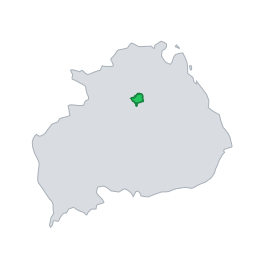 Sameakki Mean Chey, Kâmpóng Chhnang, Cambodia shown in context, rotated 169°
{"feature_id": "14789045B48917657678011", "entity_name": "Sameakki Mean Chey", "entity_type": "district", "adm_level": 2, "iso_a3": "KHM", "parent_name": "Cambodia", "parent_adm1": "Kâmpóng Chhnang", "projection": "albers", "projection_center": [104.566, 11.892], "detail": "fine", "context": "in_parent", "style": "filled", "palette": "green", "viewbox_px": 256, "rotation_deg": 169, "n_neighbors": 0, "source": "geoboundaries", "source_scale": "gbopen_adm2", "svg_char_len": 5069}
<svg xmlns="http://www.w3.org/2000/svg" viewBox="0 0 256 256"><g transform="rotate(169 128 128)"><path d="M223.0,45.3L223.6,47.4L222.0,51.4L220.4,55.1L217.3,58.3L217.2,60.6L216.2,67.6L216.6,69.8L217.4,71.7L218.4,72.7L221.2,79.5L223.7,85.6L226.2,90.7L226.7,93.9L224.5,102.1L222.0,109.6L222.3,113.3L223.4,117.0L224.7,122.0L225.2,128.4L224.6,132.5L223.4,135.1L221.2,137.8L219.2,139.2L216.8,136.9L214.9,136.9L212.4,137.6L210.4,138.6L206.4,142.5L201.9,146.3L195.7,147.4L193.3,150.2L190.7,150.6L185.8,150.8L182.6,151.4L182.7,152.9L182.5,159.5L182.6,161.1L182.1,161.5L179.8,161.7L176.1,160.7L170.9,159.1L167.3,158.8L165.4,161.8L164.3,162.9L162.9,163.1L161.5,163.6L161.0,164.9L160.9,166.5L161.6,169.3L161.9,173.7L161.7,176.7L163.1,178.6L170.9,184.9L173.3,186.5L173.5,187.4L172.2,190.9L173.4,195.8L171.0,195.7L166.9,193.6L164.9,192.4L162.5,193.4L161.7,193.2L160.1,190.8L158.0,188.4L155.8,188.2L151.3,189.2L146.6,189.9L144.8,189.9L144.1,190.3L141.4,194.0L140.3,193.4L135.5,192.0L131.3,191.5L130.4,192.4L130.9,195.4L131.8,198.3L131.3,199.5L128.9,201.0L125.8,203.8L123.9,205.9L122.6,206.5L117.8,206.4L113.1,206.7L111.2,208.7L109.4,210.2L107.9,210.7L101.7,205.7L89.4,203.9L88.1,201.7L86.9,201.3L85.8,204.1L79.0,206.9L76.2,205.2L74.2,203.2L74.5,200.7L76.4,198.7L79.8,197.3L81.4,192.2L78.8,185.8L76.6,183.9L74.2,182.4L71.8,184.8L69.7,188.9L67.5,191.0L64.4,191.4L59.9,191.3L58.2,185.1L57.6,179.8L58.3,173.8L59.0,170.3L54.7,165.3L54.5,160.6L52.4,158.2L51.8,159.4L51.8,160.8L51.2,159.8L44.5,146.0L43.4,139.7L44.6,134.8L45.3,133.1L43.4,130.5L40.6,127.6L35.8,123.7L35.5,117.6L34.5,110.4L33.0,108.0L30.8,103.6L29.7,99.9L29.3,90.3L29.9,89.5L33.4,89.2L37.8,88.6L38.5,87.0L37.8,85.7L40.6,83.6L44.7,78.8L47.8,73.8L50.1,70.7L51.5,67.5L56.0,63.1L62.3,60.1L66.6,59.4L71.0,58.3L75.2,56.9L77.2,56.7L82.5,58.6L85.3,59.0L88.3,59.0L91.4,59.2L94.1,59.0L100.6,57.8L107.4,58.8L113.5,58.0L121.1,56.5L124.8,57.5L128.2,58.9L128.7,61.8L129.5,63.2L130.6,64.2L132.1,64.2L134.0,62.2L135.6,60.0L136.1,59.6L136.2,60.7L137.0,63.0L138.5,65.2L139.9,66.7L142.4,68.7L144.0,68.8L149.1,66.9L156.9,69.6L157.8,71.0L160.3,73.7L163.1,75.7L169.1,75.8L171.3,70.9L170.2,67.9L166.7,62.7L165.8,59.7L166.9,59.1L172.7,58.5L173.6,57.9L174.9,54.5L176.5,54.9L179.7,55.3L183.1,53.0L185.1,50.5L186.3,51.6L187.5,53.3L188.8,54.3L191.3,55.7L194.0,57.8L195.7,59.8L197.1,60.5L200.5,59.9L201.5,60.0L203.5,57.6L204.9,56.2L206.1,56.6L207.8,56.5L211.4,53.4L213.4,50.5L214.6,49.7L217.8,51.1L219.1,50.8L220.9,46.9L223.0,45.3ZM55.9,177.0L55.3,177.3L54.6,177.3L54.0,176.8L54.1,174.6L54.5,173.2L55.6,173.0L55.9,177.0ZM66.1,198.8L64.7,200.3L62.5,197.2L62.5,196.3L66.1,198.8Z" fill="#d9dde1" stroke="#a8b0b8" stroke-width="1"/><path d="M115.4,147.8L115.2,147.9L115.0,148.0L114.9,148.1L114.9,148.3L114.9,148.6L114.7,148.8L114.5,149.2L114.5,149.3L114.5,149.6L114.5,149.8L114.6,150.4L114.6,150.6L114.5,150.8L114.4,150.8L114.2,150.7L114.1,150.8L113.9,150.8L113.8,150.7L113.6,150.7L113.4,150.6L113.1,150.6L112.7,150.7L112.5,150.8L112.4,150.8L112.2,150.8L111.9,150.9L111.5,151.0L111.3,151.0L111.0,150.9L110.7,150.8L110.4,151.0L110.2,151.0L109.9,151.1L109.6,151.3L109.4,151.4L109.3,151.5L109.1,151.5L108.9,151.5L108.8,151.4L108.7,151.5L108.6,151.4L108.4,151.5L108.2,151.4L108.2,151.5L107.9,151.6L107.7,151.8L107.7,152.0L107.7,152.4L107.8,152.7L107.9,152.8L107.9,153.0L107.9,153.5L107.9,153.9L107.8,154.2L107.8,154.4L107.9,154.5L108.0,154.7L108.2,154.8L108.1,155.0L107.8,155.4L107.6,155.5L107.4,155.8L107.4,156.0L107.5,156.2L107.6,156.3L107.5,156.5L107.6,156.9L107.6,157.0L107.4,157.3L107.5,157.5L107.6,157.9L107.8,157.9L107.9,158.0L108.0,158.3L108.1,158.5L108.2,158.8L108.3,158.9L108.5,158.9L108.7,159.0L108.8,159.0L109.0,159.0L109.3,159.1L109.5,159.1L109.6,159.3L109.7,159.5L109.9,159.6L110.0,159.6L110.2,159.8L110.3,159.8L110.5,159.8L110.5,159.7L110.6,159.8L110.8,159.8L111.1,159.8L111.3,159.9L111.5,159.8L111.8,159.8L111.8,159.7L111.9,159.8L112.0,159.7L112.3,159.6L112.5,159.6L112.6,159.4L112.8,159.3L112.8,159.2L113.0,159.1L113.1,158.9L113.3,158.8L113.4,158.7L113.5,158.7L113.6,158.4L113.8,158.3L113.9,158.2L114.0,158.2L114.2,157.9L114.3,157.8L114.2,157.8L114.2,157.7L114.3,157.7L114.4,157.8L114.4,157.7L114.5,157.7L114.8,157.6L114.9,157.4L115.0,157.5L115.0,157.4L115.2,157.2L115.2,157.3L115.3,157.3L115.4,157.2L115.5,157.1L115.8,157.1L116.0,157.1L116.3,157.0L116.4,156.9L116.4,157.0L116.5,157.0L116.8,157.1L117.0,157.1L117.3,157.1L117.5,157.1L117.7,156.9L117.8,156.9L117.7,156.8L117.8,156.8L118.0,156.9L118.1,157.0L118.4,157.0L118.5,157.0L118.6,156.9L118.8,156.8L119.0,156.8L119.1,156.7L119.2,156.4L119.2,156.5L119.3,156.5L119.4,156.4L119.5,156.4L119.0,155.6L118.9,155.3L118.7,154.8L118.4,153.5L118.2,153.5L118.0,153.4L117.8,153.4L117.7,153.3L117.3,153.2L117.2,153.2L117.2,152.8L117.0,152.7L116.9,152.5L116.8,152.4L116.8,152.1L116.8,151.8L116.8,151.7L116.7,151.4L116.5,151.2L116.4,151.2L116.2,151.2L115.9,151.0L115.8,150.9L115.7,150.8L115.6,150.7L115.6,150.4L115.8,150.2L115.8,149.9L115.8,149.7L115.8,149.3L115.8,149.1L115.8,148.9L115.9,148.7L116.0,148.6L115.9,148.5L115.9,148.4L115.4,147.8Z" fill="#22c55e" stroke="#15803d" stroke-width="1.5"/></g></svg>